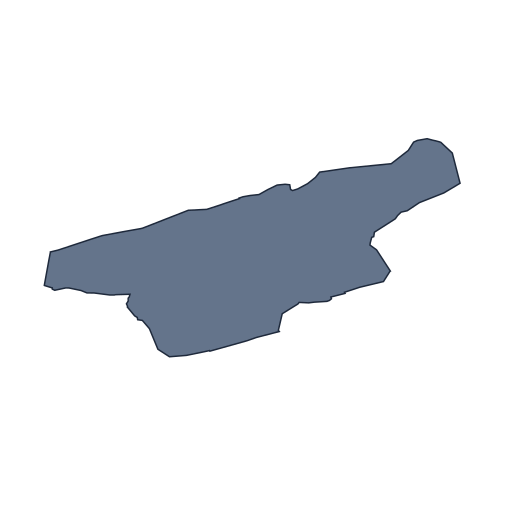 Hufash, Al Mahwit, Yemen, rotated 80°
{"feature_id": "15242507B53182107073973", "entity_name": "Hufash", "entity_type": "district", "adm_level": 2, "iso_a3": "YEM", "parent_name": "Yemen", "parent_adm1": "Al Mahwit", "projection": "equal_earth", "projection_center": [43.421, 15.375], "detail": "fine", "context": "isolated", "style": "filled", "palette": "slate", "viewbox_px": 512, "rotation_deg": 80, "n_neighbors": 0, "source": "geoboundaries", "source_scale": "gbopen_adm2", "svg_char_len": 1735}
<svg xmlns="http://www.w3.org/2000/svg" viewBox="0 0 512 512"><g transform="rotate(80 256 256)"><path d="M248.2,469.6L248.3,469.5L251.9,462.5L251.9,462.3L253.2,462.4L254.8,460.2L254.4,448.9L255.0,445.8L259.6,434.3L263.0,428.9L264.3,421.9L269.0,406.8L269.8,402.4L269.7,401.0L271.8,386.7L274.5,388.1L275.3,389.2L278.2,389.7L280.6,391.9L283.2,391.2L283.9,391.6L287.2,389.7L293.9,385.9L295.9,383.6L298.2,383.6L299.7,379.1L309.0,373.6L330.8,368.8L340.2,358.7L340.7,353.5L340.7,353.4L341.8,341.8L341.3,323.8L341.1,318.8L341.0,318.4L341.7,318.0L337.9,279.6L336.3,269.8L334.4,246.2L333.1,246.9L317.4,240.2L310.5,223.0L309.4,221.8L309.2,221.6L311.3,212.2L311.6,206.4L312.3,200.4L313.0,194.0L312.5,191.3L311.2,189.1L309.4,189.4L308.3,174.8L307.1,175.2L304.8,159.3L303.3,134.9L294.3,126.7L294.2,126.3L273.5,135.1L270.9,136.2L265.0,141.9L262.9,141.2L257.7,138.8L257.4,136.7L253.2,135.3L253.1,135.2L243.7,112.7L243.5,112.3L240.8,109.6L238.0,105.5L237.7,99.2L231.8,85.8L226.5,60.0L219.8,42.4L199.1,44.0L188.8,44.8L188.7,44.8L185.9,46.9L179.3,51.9L176.2,54.2L175.9,54.7L175.1,56.2L174.2,58.2L173.8,59.0L172.7,61.7L170.2,67.1L170.2,77.0L171.2,81.0L178.5,87.7L188.6,106.8L185.4,148.3L185.0,161.3L184.6,174.8L184.5,175.6L184.5,176.9L184.4,178.7L188.9,183.8L193.7,192.6L197.2,203.3L197.9,208.6L196.5,210.4L191.7,210.4L190.4,214.9L189.8,222.9L192.6,232.7L196.0,242.4L195.4,251.3L195.4,258.5L196.0,262.6L196.6,262.4L197.8,270.9L199.1,279.8L199.3,280.8L199.5,282.0L201.5,296.3L201.5,296.6L200.5,304.4L200.5,304.6L200.1,308.0L199.2,314.7L208.9,363.0L209.0,365.3L209.0,380.5L209.0,381.2L209.2,403.7L209.6,407.0L209.9,409.0L210.8,415.6L215.8,449.9L216.3,457.8L216.5,457.8L224.4,460.8L248.2,469.6Z" fill="#64748b" stroke="#1e293b" stroke-width="1.5"/></g></svg>